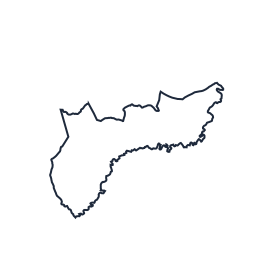 the district of San Marcial Ozolotepec, Oaxaca, Mexico, rotated 232°
{"feature_id": "50627088B61246931399510", "entity_name": "San Marcial Ozolotepec", "entity_type": "district", "adm_level": 2, "iso_a3": "MEX", "parent_name": "Mexico", "parent_adm1": "Oaxaca", "projection": "orthographic", "projection_center": [-96.411, 16.032], "detail": "fine", "context": "isolated", "style": "outline", "palette": "slate", "viewbox_px": 256, "rotation_deg": 232, "n_neighbors": 0, "source": "geoboundaries", "source_scale": "gbopen_adm2", "svg_char_len": 5741}
<svg xmlns="http://www.w3.org/2000/svg" viewBox="0 0 256 256"><g transform="rotate(232 128 128)"><path d="M89.8,31.5L90.2,32.8L89.0,34.8L88.4,35.4L88.5,35.8L88.8,36.5L90.3,36.6L90.0,37.4L89.5,38.2L88.2,38.5L87.8,39.0L87.7,39.8L87.7,40.8L88.3,41.2L89.1,41.3L90.1,41.8L90.4,42.7L90.0,43.6L88.5,45.2L88.2,46.0L88.3,47.0L88.7,47.4L89.9,48.2L89.9,49.0L89.7,49.8L88.8,50.5L88.5,51.0L88.4,52.4L89.1,52.8L89.6,52.0L90.5,51.8L91.7,52.0L91.7,53.0L91.1,54.1L90.5,54.8L89.8,55.4L89.9,55.9L90.5,56.6L90.8,57.2L90.9,58.1L90.6,59.6L91.3,61.1L91.4,61.8L92.0,62.7L92.7,63.4L93.5,63.8L94.0,64.6L94.3,65.7L94.0,66.7L92.8,67.1L91.7,68.4L91.8,69.0L92.1,69.6L92.5,71.1L93.4,70.7L94.3,69.4L95.8,68.3L96.0,69.0L97.3,69.4L98.1,70.1L100.1,71.6L100.7,72.6L101.0,73.5L101.1,74.5L100.9,75.2L100.4,75.5L99.9,77.4L100.0,78.5L100.6,79.2L101.6,79.7L102.6,80.4L103.5,81.3L103.1,82.1L102.9,82.9L102.7,83.2L102.6,85.2L102.9,85.9L104.1,87.5L103.8,88.6L104.2,89.0L105.2,89.5L106.1,89.8L107.0,90.2L107.9,90.4L108.4,90.6L109.7,91.6L108.7,92.3L108.3,93.2L109.0,93.8L110.5,93.8L111.9,93.9L111.6,95.5L112.4,96.4L112.5,97.0L112.2,97.9L111.9,98.1L110.3,98.4L109.5,98.0L108.7,98.6L108.6,99.3L109.4,99.7L109.4,101.3L109.3,102.6L111.0,103.5L110.2,106.4L109.7,107.0L109.0,108.5L110.1,109.0L109.6,110.2L109.4,111.4L110.6,112.0L110.8,113.1L109.6,114.1L107.3,115.8L107.6,116.6L108.1,117.2L107.3,117.9L107.2,120.2L105.7,120.3L105.3,120.6L105.2,121.7L105.0,125.3L104.1,125.7L103.8,126.4L103.0,126.8L102.7,127.3L102.5,128.3L102.2,128.6L102.6,129.6L102.1,130.1L102.3,131.1L102.1,132.0L101.8,132.4L101.2,132.3L99.2,132.4L98.0,133.2L97.4,133.2L96.6,133.6L96.3,134.3L96.5,135.0L96.2,135.7L95.5,136.2L94.7,137.1L94.5,137.6L94.5,138.1L95.6,140.3L96.4,141.2L96.8,142.0L96.9,142.6L96.3,143.1L95.5,142.6L95.1,142.6L94.6,143.2L93.8,141.9L93.2,141.4L92.3,139.9L91.5,139.9L91.0,140.5L91.1,141.4L92.0,143.1L92.5,144.7L92.2,145.7L91.5,145.9L90.1,145.9L89.5,146.4L91.5,148.1L91.1,148.3L89.6,148.3L89.1,147.5L88.5,147.1L87.4,147.2L86.3,145.3L85.5,144.6L84.9,144.8L84.3,145.2L83.9,145.7L83.8,146.1L84.4,146.6L84.8,147.1L85.0,147.7L84.9,148.4L85.1,149.4L85.5,149.8L86.5,149.7L87.2,149.5L87.9,150.3L88.0,151.0L87.6,152.1L87.0,153.5L86.0,153.1L85.0,153.3L84.7,154.0L85.1,155.2L84.2,155.8L83.7,156.3L83.7,157.0L83.9,157.9L83.9,159.9L83.7,160.4L81.8,160.5L80.0,160.4L78.8,160.1L78.2,160.2L78.1,160.9L77.5,161.4L76.7,162.3L77.6,163.1L77.7,163.8L77.7,164.8L76.3,166.0L77.4,167.3L77.9,168.3L77.5,169.0L76.2,169.4L75.8,168.9L75.3,168.6L74.7,168.6L74.2,168.9L74.3,169.3L75.4,170.6L75.5,171.2L75.0,171.4L74.1,171.0L73.7,171.1L73.4,171.8L73.6,172.3L74.3,172.9L74.7,173.5L74.9,174.3L75.1,174.7L75.5,176.1L75.6,177.0L74.5,177.3L73.7,177.4L72.2,177.3L72.1,178.0L72.6,179.0L72.8,179.8L73.1,180.5L73.1,181.9L73.7,182.7L75.0,183.6L75.8,183.6L76.3,183.4L76.3,182.7L76.1,181.1L76.3,180.2L76.5,179.4L77.3,179.4L77.7,179.7L77.8,181.6L78.0,182.7L79.0,183.7L79.3,184.6L79.1,185.0L78.7,185.4L79.1,187.3L79.9,187.4L81.4,186.8L82.4,187.5L82.8,188.7L82.9,189.5L82.6,190.5L82.6,191.5L83.5,193.5L83.3,194.2L82.9,195.1L82.2,197.4L82.0,198.6L83.4,200.1L83.9,201.5L85.0,202.2L86.2,202.4L87.8,202.0L88.3,202.0L89.1,201.8L89.7,201.5L90.8,200.7L91.4,200.7L92.2,201.4L93.0,203.5L93.4,204.2L93.7,205.2L93.5,205.9L93.4,207.8L93.7,209.1L94.5,211.3L94.4,212.8L93.9,213.3L93.0,213.3L92.6,213.7L92.7,214.8L92.4,215.9L91.8,216.5L91.7,217.5L92.1,218.1L92.7,218.3L93.7,218.6L93.7,219.8L95.9,221.9L96.5,222.3L97.6,222.6L98.8,222.3L101.4,221.3L103.0,221.3L103.5,221.5L103.8,221.8L104.1,222.3L103.6,223.1L102.5,223.6L101.6,223.8L99.9,225.8L99.6,226.1L99.6,226.6L100.5,227.3L102.7,227.2L104.0,227.3L106.4,226.1L107.2,226.0L108.8,225.9L108.9,225.4L109.7,224.3L109.7,222.5L109.8,222.3L110.0,221.6L110.1,219.4L110.5,217.3L110.4,215.8L110.6,213.0L111.2,210.2L111.9,208.5L112.7,207.2L115.1,202.5L115.5,199.5L116.4,195.7L117.1,191.6L117.0,188.7L118.7,186.9L120.3,185.0L124.7,181.5L127.4,179.9L130.0,178.6L133.2,177.2L136.5,176.1L134.9,173.8L130.8,169.8L127.4,163.9L125.3,163.8L122.7,163.0L122.7,162.5L123.7,161.2L124.9,160.6L128.4,160.7L129.0,160.5L130.9,160.2L131.4,160.0L132.0,159.6L133.0,158.5L133.6,157.6L133.9,156.6L134.1,155.6L134.9,153.6L135.0,152.5L135.4,151.6L137.8,151.3L138.5,151.1L139.0,150.7L139.3,150.2L139.5,148.8L140.0,148.5L140.8,147.5L142.1,146.3L144.0,145.9L144.4,145.3L144.4,144.6L144.2,143.7L144.8,143.2L145.1,142.3L145.4,140.9L145.9,138.1L145.7,136.1L145.2,135.5L144.7,135.4L143.3,135.6L142.3,135.2L140.6,133.9L139.6,132.9L138.5,131.1L136.5,128.5L136.7,128.1L137.5,127.9L140.4,125.9L141.5,124.3L142.5,123.7L144.4,122.9L145.9,121.3L146.6,121.0L147.5,119.4L148.0,118.9L148.2,118.3L149.7,116.1L149.9,115.6L150.0,114.3L150.2,112.5L150.2,110.9L153.5,108.5L160.6,110.1L171.5,111.9L171.4,111.8L172.2,110.3L172.1,109.1L172.2,108.1L171.1,104.4L171.2,103.5L171.4,103.0L171.1,101.9L170.3,101.3L170.0,100.5L170.2,99.5L169.9,98.1L170.0,97.0L170.5,96.3L171.4,95.7L171.7,94.8L173.1,93.8L173.5,93.3L173.6,92.2L174.1,90.7L175.0,89.6L175.8,89.2L176.9,89.0L177.3,89.3L178.4,89.1L179.3,88.6L179.6,88.2L180.0,87.4L181.0,87.3L182.6,87.7L183.9,86.2L157.8,75.6L153.9,64.8L154.3,63.7L154.0,63.1L153.0,61.8L152.2,61.1L151.4,59.9L151.3,59.0L150.3,54.3L150.2,52.8L150.2,50.2L150.5,49.1L150.4,48.2L150.0,47.9L147.6,47.2L146.5,46.4L145.6,46.1L144.6,45.3L143.5,44.2L142.4,42.2L140.3,39.7L138.9,37.7L138.1,37.3L137.0,37.0L135.3,36.3L134.1,35.6L133.1,35.2L132.3,34.7L129.7,34.2L127.9,33.7L126.5,32.6L122.4,31.4L121.7,31.3L119.7,30.6L118.3,30.3L114.3,31.1L112.6,31.2L110.8,30.6L110.4,30.3L109.8,29.3L109.5,28.9L108.8,28.7L108.1,29.1L107.8,29.5L107.3,30.0L106.6,30.2L105.5,29.7L104.7,30.2L104.4,31.2L104.0,32.0L101.3,31.5L100.2,31.5L99.3,32.3L98.5,32.4L95.9,31.4L94.7,31.5L93.8,31.8L93.1,31.4L92.3,31.2L89.9,31.5L89.8,31.5Z" fill="none" stroke="#1e293b" stroke-width="2"/></g></svg>